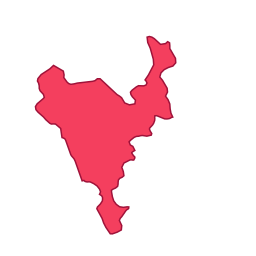 outline of Jigawa, rotated 244°
{"feature_id": "NGA-2868", "entity_name": "Jigawa", "entity_type": "State", "adm_level": 1, "iso_a3": "NGA", "parent_name": "Nigeria", "parent_adm1": "", "projection": "mercator", "projection_center": [9.387, 11.959], "detail": "fine", "context": "isolated", "style": "filled", "palette": "rose", "viewbox_px": 256, "rotation_deg": 244, "n_neighbors": 0, "source": "natural_earth", "source_scale": "10m", "svg_char_len": 2320}
<svg xmlns="http://www.w3.org/2000/svg" viewBox="0 0 256 256"><g transform="rotate(244 128 128)"><path d="M100.6,63.6L121.4,66.0L124.0,66.0L127.8,65.0L129.1,64.9L144.3,66.6L145.8,66.5L146.3,66.3L147.0,65.8L147.8,65.1L148.3,64.5L150.3,65.1L157.1,67.3L163.3,64.6L164.4,62.7L165.2,60.8L166.5,59.8L171.4,57.8L174.9,56.9L181.6,54.1L184.8,53.3L187.8,54.2L189.6,57.0L191.5,64.4L192.2,66.2L195.3,66.7L200.0,65.3L202.3,65.5L204.9,66.7L207.5,67.3L209.9,67.2L211.9,68.7L214.1,73.4L215.4,83.7L216.9,88.5L207.5,94.8L203.7,93.8L201.5,92.4L196.1,93.3L193.9,94.2L192.3,95.8L191.3,98.9L190.6,102.1L185.5,116.6L185.0,119.0L185.7,122.0L184.5,124.5L162.8,132.8L160.5,134.3L158.1,135.5L152.0,136.0L148.2,139.4L146.7,144.8L149.8,146.9L154.1,145.6L156.7,145.3L159.1,145.9L160.2,148.3L161.3,153.5L161.4,156.0L159.0,160.5L158.7,162.9L160.1,164.8L162.5,164.8L163.7,164.4L166.7,169.6L173.5,178.8L178.7,180.9L190.0,183.0L196.1,183.2L201.3,185.0L200.9,187.3L199.2,189.3L196.8,190.8L188.9,193.9L187.4,198.8L188.2,201.5L186.3,202.7L183.5,201.6L181.0,200.4L169.8,201.2L165.7,199.5L164.0,195.5L164.7,190.8L164.6,186.1L163.1,181.8L159.9,178.9L155.8,179.9L146.6,180.6L143.0,179.3L140.2,175.7L135.8,176.4L131.3,176.1L126.8,174.3L122.5,173.1L118.2,173.0L118.4,172.0L118.3,170.1L118.4,169.1L119.1,166.9L120.2,164.9L126.5,159.2L127.2,157.5L125.6,156.5L124.6,156.2L123.0,155.2L121.0,153.1L120.0,151.5L118.4,147.4L117.6,146.8L115.6,146.6L112.6,146.9L111.4,145.8L112.4,141.4L115.0,137.6L115.6,135.9L115.9,134.1L116.8,131.8L116.9,129.4L115.9,125.0L115.1,122.9L111.8,122.6L109.3,124.3L104.8,124.3L104.7,122.4L104.3,120.6L103.7,120.4L100.8,120.8L99.1,121.4L98.4,121.2L97.7,120.6L96.7,119.1L97.3,117.9L98.0,116.9L98.4,115.7L98.3,109.0L95.4,105.2L90.9,104.7L86.9,103.4L86.3,101.1L86.4,98.6L85.5,96.6L83.7,95.4L81.8,94.4L80.1,93.1L79.5,90.5L79.6,87.7L79.3,85.8L77.5,85.1L72.9,83.8L68.7,83.2L64.5,84.0L60.9,85.9L58.7,89.1L57.5,92.7L56.7,94.1L55.5,93.4L55.1,92.4L55.1,91.3L54.7,90.0L51.1,83.6L50.2,81.4L48.7,79.7L43.0,79.6L39.3,77.3L39.1,72.6L39.7,67.6L40.7,65.7L48.3,64.6L53.4,64.5L58.1,65.1L69.1,64.6L70.4,65.9L71.7,69.6L73.6,72.9L75.3,74.0L77.0,74.7L78.7,74.6L80.9,73.3L81.8,74.5L82.8,75.4L85.7,75.6L89.5,74.8L92.9,72.9L96.1,70.4L96.8,69.2L97.4,67.7L98.1,66.7L98.9,65.9L100.2,65.4L100.5,64.2L100.6,63.6Z" fill="#f43f5e" stroke="#9f1239" stroke-width="1.5"/></g></svg>